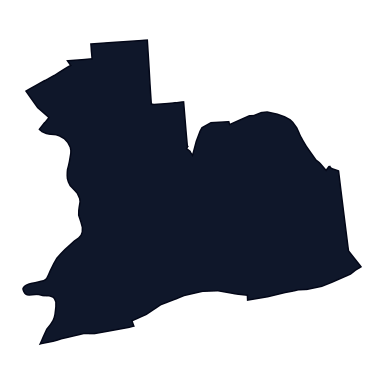 Oltenita, Calarasi, Romania
{"feature_id": "2599482B1187163066673", "entity_name": "Oltenita", "entity_type": "district", "adm_level": 2, "iso_a3": "ROU", "parent_name": "Romania", "parent_adm1": "Calarasi", "projection": "orthographic", "projection_center": [26.67, 44.114], "detail": "fine", "context": "isolated", "style": "filled", "palette": "ink", "viewbox_px": 384, "rotation_deg": 0, "n_neighbors": 0, "source": "geoboundaries", "source_scale": "gbopen_adm2", "svg_char_len": 3040}
<svg xmlns="http://www.w3.org/2000/svg" viewBox="0 0 384 384"><path d="M40.2,343.9L41.1,343.6L53.3,341.2L57.3,340.1L61.5,338.7L66.8,337.5L83.7,333.5L94.4,333.6L110.0,330.8L128.6,327.4L129.5,327.2L133.1,326.2L133.8,326.1L131.9,320.8L146.4,314.3L160.7,304.7L175.0,299.2L175.7,299.0L176.0,298.9L179.7,297.3L184.1,295.5L202.4,291.3L217.9,290.7L233.2,293.4L234.0,293.6L238.0,294.2L247.4,295.2L247.6,300.1L267.8,296.7L285.1,292.5L292.7,291.1L293.4,290.9L294.6,290.7L298.1,289.8L306.9,289.4L321.7,286.3L332.0,282.2L350.4,274.1L351.6,273.2L352.2,272.7L352.4,272.6L355.5,270.1L361.0,266.8L360.1,265.6L352.5,256.0L348.5,250.9L347.8,245.7L347.2,240.7L343.2,208.9L342.9,206.4L341.0,191.2L338.6,171.4L338.5,170.9L333.3,169.1L332.6,168.9L331.4,168.3L330.8,167.9L330.6,167.6L330.0,167.0L329.9,166.5L328.9,166.6L326.1,170.4L325.0,169.2L324.0,168.0L321.6,165.2L320.3,163.7L319.1,162.5L317.5,161.2L316.9,160.8L316.0,160.1L308.5,149.5L306.2,146.2L303.3,141.3L302.8,140.5L301.5,138.0L300.7,136.7L299.6,134.4L299.1,133.3L299.1,133.1L296.7,127.8L292.7,122.3L290.1,119.8L284.6,116.8L277.3,114.2L267.2,112.0L261.3,112.6L253.8,115.6L249.3,115.8L245.5,117.5L243.9,118.2L229.6,124.6L228.8,121.7L222.2,122.1L211.0,122.7L202.0,127.7L200.1,131.2L196.3,141.3L193.0,153.8L192.5,155.4L190.6,152.6L190.0,151.3L186.5,148.6L187.8,146.4L187.5,146.2L187.3,145.7L186.2,133.4L183.6,101.9L181.9,102.0L179.2,102.4L177.8,102.6L176.4,102.8L175.3,102.7L174.5,102.8L172.4,103.1L166.9,103.6L152.6,104.6L152.6,104.2L151.3,104.2L150.7,95.2L150.3,89.0L150.0,84.4L149.1,68.8L148.6,60.6L147.3,40.1L146.9,40.1L143.9,40.3L141.7,40.5L139.4,40.7L139.0,40.7L136.0,40.9L133.1,41.1L122.6,41.8L116.4,42.2L106.1,42.9L102.3,43.2L90.9,44.0L91.2,47.6L91.4,51.2L91.6,53.1L92.1,58.8L83.6,59.6L67.5,60.8L70.8,65.5L70.4,65.7L69.3,66.2L68.7,66.5L67.3,67.3L64.2,69.2L60.2,71.7L54.7,75.3L54.0,75.6L53.9,75.6L51.6,76.9L44.9,80.7L44.3,81.1L44.2,80.8L37.1,84.8L36.1,85.4L33.0,87.1L29.6,89.0L28.2,89.8L27.0,90.5L26.0,91.1L31.2,98.5L37.6,107.5L38.1,108.0L40.1,109.7L49.0,117.5L44.6,123.1L44.4,122.9L41.9,126.1L39.4,129.3L39.8,129.7L40.4,130.3L41.2,130.8L41.4,131.0L42.0,131.6L44.7,132.8L46.3,133.5L46.9,133.6L49.2,134.1L50.2,134.2L56.0,134.7L59.5,135.9L64.4,138.7L67.8,142.4L70.3,147.2L70.9,150.5L70.8,153.4L69.4,161.7L68.4,166.2L67.5,169.6L67.3,171.9L67.2,175.4L67.4,178.5L68.4,181.9L70.2,185.6L74.9,190.5L77.3,193.2L79.7,198.5L80.1,201.7L79.2,207.2L78.8,210.4L78.7,215.2L81.0,222.2L82.4,227.4L82.3,232.0L81.1,235.3L78.7,238.0L74.4,241.0L65.0,249.5L61.0,253.6L56.9,258.2L53.8,263.6L50.3,270.7L48.5,274.9L46.7,278.5L45.5,279.6L43.7,280.7L40.8,281.3L38.6,281.9L35.3,282.7L31.4,283.4L28.8,284.1L26.3,285.2L24.5,286.4L23.5,287.6L23.0,288.6L23.1,289.6L23.8,291.5L24.9,293.3L25.8,294.1L27.0,294.7L28.0,294.9L29.4,295.0L31.4,294.8L33.8,294.6L36.2,294.4L38.8,294.5L43.0,295.6L46.6,295.7L48.8,295.7L50.4,296.1L53.0,297.1L53.9,297.9L54.7,299.1L55.9,302.0L55.9,306.7L55.5,310.3L55.0,314.4L54.3,317.4L53.1,320.5L50.5,324.6L46.8,329.2L43.4,336.6L41.7,340.6L40.2,343.9Z" fill="#0f172a" stroke="#020617" stroke-width="1.5"/></svg>